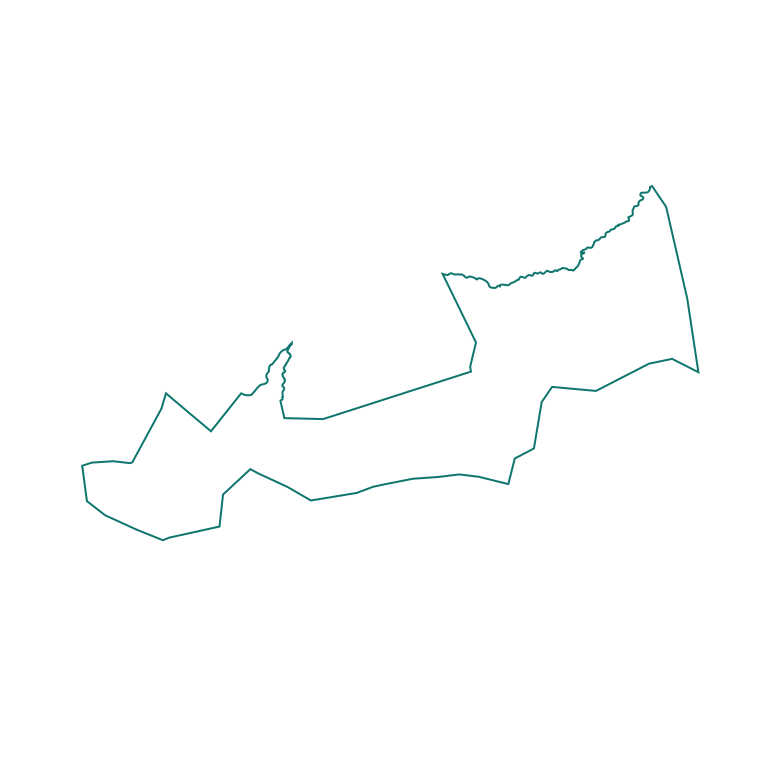 Bayandelger, Töv, Mongolia (Mercator projection), rotated 256°
{"feature_id": "93677404B81168831538061", "entity_name": "Bayandelger", "entity_type": "district", "adm_level": 2, "iso_a3": "MNG", "parent_name": "Mongolia", "parent_adm1": "Töv", "projection": "mercator", "projection_center": [108.382, 47.82], "detail": "fine", "context": "isolated", "style": "outline", "palette": "teal", "viewbox_px": 768, "rotation_deg": 256, "n_neighbors": 0, "source": "geoboundaries", "source_scale": "gbopen_adm2", "svg_char_len": 6102}
<svg xmlns="http://www.w3.org/2000/svg" viewBox="0 0 768 768"><g transform="rotate(256 384 384)"><path d="M319.4,691.9L393.4,698.9L487.6,700.6L511.2,692.0L510.8,689.8L509.3,689.4L508.2,688.8L507.0,687.5L506.4,686.6L506.2,685.3L506.7,682.7L507.1,681.4L507.2,679.8L506.5,678.9L505.6,678.5L504.8,678.6L504.4,678.8L503.6,679.8L503.0,680.4L502.0,680.6L501.1,680.3L500.5,679.5L500.3,678.9L500.2,677.4L499.6,676.1L498.7,675.1L497.9,674.7L496.7,674.4L496.2,674.2L495.8,673.8L495.6,673.1L495.5,672.1L495.8,670.8L495.8,670.1L495.3,669.6L494.6,669.1L493.9,668.5L493.1,667.8L492.5,667.3L490.5,666.8L489.2,666.7L488.1,666.2L487.7,665.8L487.5,665.2L487.3,664.3L486.9,663.4L486.9,662.8L486.8,661.8L486.5,661.4L486.1,661.3L485.4,661.4L484.6,661.6L484.0,661.6L483.3,661.3L483.0,660.7L483.0,658.3L482.6,657.1L482.2,655.8L482.0,654.2L481.8,652.9L481.7,651.6L481.8,649.9L481.6,649.9L481.4,650.3L481.2,650.3L481.0,650.1L480.8,649.3L480.9,648.5L480.7,647.1L480.3,646.7L479.7,646.2L479.0,645.0L478.7,644.4L478.8,643.0L478.9,641.8L478.8,641.2L478.4,640.9L477.9,640.4L477.5,639.7L477.4,639.0L477.4,637.8L477.2,637.0L476.6,635.7L475.8,635.1L475.0,635.0L474.3,634.8L473.8,634.4L473.4,633.9L473.3,633.1L473.8,630.9L473.7,630.0L473.1,629.0L472.6,628.5L472.2,627.5L471.9,627.0L471.7,626.4L471.7,626.0L472.0,625.3L472.1,624.8L472.0,624.3L471.6,623.7L471.2,623.3L471.1,622.9L471.1,622.6L470.1,621.9L469.5,621.7L468.5,620.9L467.6,620.1L466.8,619.5L466.4,619.1L466.2,618.5L466.2,617.8L466.2,617.2L466.9,615.4L467.2,614.3L466.9,613.7L466.4,613.1L466.0,612.2L465.8,611.7L465.8,610.6L465.8,609.2L465.4,608.5L464.3,606.8L463.6,606.8L463.2,607.1L463.1,607.6L463.1,608.2L463.3,609.1L463.3,609.7L463.1,610.0L462.7,609.8L462.4,609.4L462.2,607.4L461.7,606.7L461.0,606.3L460.4,606.2L459.6,606.2L459.0,606.5L458.4,606.9L458.0,607.3L457.7,607.4L457.4,607.3L457.2,607.0L457.0,605.6L456.8,604.7L456.4,604.2L455.7,603.7L455.0,603.4L453.7,602.5L451.4,600.5L450.3,598.4L448.6,595.9L448.3,595.0L448.3,594.8L448.8,594.4L449.2,594.1L449.4,593.6L449.6,591.9L450.0,590.7L451.7,589.2L452.5,587.3L452.8,586.7L453.3,585.9L453.3,584.8L452.9,583.7L452.6,583.0L452.6,582.6L452.7,581.7L452.5,580.6L452.3,580.3L451.8,579.8L451.7,579.5L451.7,579.2L451.9,578.8L452.7,578.0L452.9,577.6L452.8,577.2L452.6,576.5L452.2,575.8L452.0,575.4L452.1,574.4L452.3,573.0L452.6,572.0L453.6,570.8L454.4,569.8L454.3,569.4L454.2,568.9L452.5,565.7L452.4,565.2L452.4,564.8L452.7,564.4L454.3,563.1L454.5,562.7L454.5,562.3L454.3,561.4L454.1,560.6L454.0,559.9L454.3,559.2L455.0,558.3L455.4,557.3L455.4,556.7L455.0,556.1L454.2,555.5L453.6,554.9L453.3,554.3L453.3,553.7L453.6,552.9L454.3,552.0L454.6,551.0L454.6,550.5L454.3,549.2L453.7,548.1L453.1,547.4L452.9,546.9L452.9,546.3L453.4,545.6L454.5,544.2L454.8,543.4L454.9,542.7L454.7,542.0L454.2,541.3L452.9,540.3L452.6,539.8L452.6,538.4L452.3,537.2L451.8,536.1L451.5,535.2L451.4,534.0L450.8,530.6L450.4,530.0L450.0,529.6L449.8,529.1L449.8,528.7L450.0,527.4L450.9,525.8L450.9,525.2L451.4,524.1L451.8,522.9L452.0,521.9L452.0,521.2L451.8,520.6L450.7,520.1L451.6,519.0L451.6,518.2L450.4,515.8L450.3,515.1L450.4,514.5L450.7,514.2L450.9,513.4L451.0,512.9L451.2,512.1L451.6,511.3L452.6,510.2L453.3,509.8L455.9,509.6L458.1,508.7L459.9,507.2L462.0,504.9L463.4,502.5L463.7,501.1L463.4,499.8L463.1,499.7L463.0,499.2L463.6,498.6L464.1,498.4L465.2,497.5L466.0,496.0L466.8,494.8L467.4,493.9L467.6,493.1L467.3,491.4L467.1,490.1L467.2,489.5L468.0,488.8L469.9,487.6L471.1,486.5L471.8,485.2L471.7,484.5L472.1,483.3L472.4,482.9L473.0,479.4L473.6,478.2L474.7,476.8L475.1,476.2L475.2,475.6L475.2,475.2L475.2,474.6L475.0,474.0L474.7,473.4L474.4,472.9L474.3,472.0L474.4,471.5L474.9,470.8L476.0,468.6L476.7,467.5L402.1,483.3L379.7,471.7L375.0,471.4L364.7,316.4L375.0,279.1L392.7,279.4L393.0,279.6L393.3,280.4L393.3,280.8L393.4,281.3L393.9,281.9L394.2,282.0L394.7,282.2L395.5,282.0L395.6,282.5L396.0,282.8L396.6,282.8L397.4,283.0L398.3,283.0L399.2,283.3L400.9,283.6L401.4,284.1L402.4,285.3L404.0,286.1L404.5,286.1L405.0,286.0L405.7,285.4L406.5,284.9L406.9,284.9L407.5,285.1L408.1,285.7L409.3,287.3L410.1,288.0L410.7,288.5L411.6,288.5L411.9,288.8L412.3,288.9L412.7,288.9L413.3,288.3L413.5,288.2L414.1,288.3L414.5,288.3L415.1,287.9L416.0,287.7L416.9,287.8L417.6,287.6L418.0,287.7L418.5,288.1L419.2,288.8L419.3,289.0L419.2,289.2L419.2,289.8L419.9,290.5L420.1,291.0L420.4,291.3L420.8,291.3L421.1,291.2L421.3,291.1L421.5,290.8L422.0,290.6L422.7,290.5L423.7,290.6L424.2,290.8L424.6,291.3L424.8,291.6L425.3,291.9L425.5,292.4L426.0,292.6L426.2,293.1L426.6,293.4L426.9,293.8L427.3,294.1L427.9,294.4L428.2,295.1L428.9,295.7L430.0,296.8L430.6,297.3L431.1,297.8L431.4,298.1L431.6,298.5L431.9,298.4L432.4,298.7L432.9,299.7L433.1,300.0L433.3,300.1L433.8,300.2L434.0,300.0L434.4,300.0L434.8,300.2L435.1,300.2L435.4,300.1L435.6,299.9L435.9,299.9L436.1,299.8L436.1,299.5L436.3,299.3L436.9,299.3L437.3,299.1L437.5,298.9L437.6,298.5L437.9,298.4L438.1,298.2L438.8,298.0L439.4,298.3L439.9,298.5L440.1,298.9L440.9,299.2L441.2,299.2L441.6,299.1L441.9,299.6L442.0,299.8L442.0,300.1L441.9,300.3L441.9,300.6L442.2,300.8L442.9,301.0L443.2,301.2L443.3,301.6L443.5,302.0L444.1,302.4L444.3,303.2L444.6,303.3L444.7,303.8L445.0,304.1L445.5,304.3L446.2,304.5L444.4,301.6L442.3,299.0L441.7,297.9L441.4,296.9L441.4,295.6L441.0,293.6L440.0,291.8L438.8,290.1L436.9,288.6L435.8,287.6L434.9,286.5L430.4,280.5L430.0,279.6L430.0,278.9L429.6,277.9L428.8,277.1L428.0,276.8L427.3,276.4L426.0,275.7L424.8,275.7L423.8,275.0L422.6,273.3L421.4,272.1L419.2,271.5L418.2,271.8L416.3,272.2L415.3,272.0L414.5,271.5L413.3,269.9L413.0,268.0L413.0,263.9L411.2,260.6L408.3,256.7L405.5,252.6L405.9,249.4L406.6,247.3L407.5,245.6L409.5,243.1L380.0,204.7L403.5,187.6L427.7,170.2L414.1,162.2L368.8,120.8L368.7,118.2L374.6,102.6L378.4,81.5L377.7,71.4L342.2,67.4L324.0,81.7L302.0,109.4L285.9,131.7L286.9,138.2L285.5,189.9L315.7,201.1L333.7,233.7L327.7,240.3L307.4,265.5L288.7,284.8L284.9,331.0L286.9,348.5L286.5,361.0L285.1,388.9L280.5,415.2L278.1,435.0L271.1,453.4L256.8,480.4L280.1,492.9L285.2,513.9L328.3,532.6L340.5,546.4L326.0,588.0L339.6,646.0L338.7,669.6L319.4,691.9Z" fill="none" stroke="#0f766e" stroke-width="2"/></g></svg>